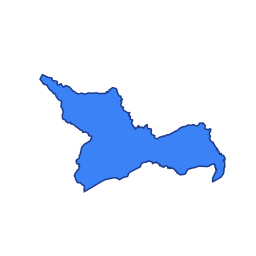 Mercedes, Ocotepeque, Honduras (Mercator projection), rotated 150°
{"feature_id": "27666195B36872574747509", "entity_name": "Mercedes", "entity_type": "district", "adm_level": 2, "iso_a3": "HND", "parent_name": "Honduras", "parent_adm1": "Ocotepeque", "projection": "mercator", "projection_center": [-89.033, 14.309], "detail": "fine", "context": "isolated", "style": "filled", "palette": "blue", "viewbox_px": 256, "rotation_deg": 150, "n_neighbors": 0, "source": "geoboundaries", "source_scale": "gbopen_adm2", "svg_char_len": 5778}
<svg xmlns="http://www.w3.org/2000/svg" viewBox="0 0 256 256"><g transform="rotate(150 128 128)"><path d="M197.6,94.7L176.7,94.9L173.4,94.6L165.3,92.1L163.5,90.9L162.2,89.3L161.2,87.5L156.8,87.5L155.5,87.2L153.3,86.4L152.3,86.5L150.4,88.1L148.7,88.8L139.1,88.4L137.6,88.1L136.9,88.3L136.0,88.9L135.7,89.4L134.1,90.4L132.6,90.5L130.5,89.9L129.0,89.2L128.5,89.3L127.8,89.5L127.3,89.4L126.6,88.6L125.7,88.4L124.3,86.8L124.4,84.9L122.6,85.1L122.1,84.5L121.4,84.0L121.0,84.0L120.8,84.4L120.5,84.3L119.7,82.0L119.1,81.3L119.1,80.8L118.9,80.6L118.5,80.7L118.4,80.5L118.5,80.2L119.0,80.3L119.3,80.1L119.4,79.5L119.2,79.3L118.7,79.3L118.4,78.7L117.7,78.3L117.6,77.9L117.9,77.4L117.8,77.2L117.0,76.8L116.5,76.1L116.2,76.2L116.0,76.6L115.6,76.7L114.9,76.5L114.1,76.1L113.1,75.2L112.8,74.4L112.8,73.9L113.5,73.8L113.5,73.4L112.7,73.0L112.4,72.3L112.1,72.0L111.7,72.1L111.5,72.7L111.1,72.7L110.8,72.4L110.5,71.4L109.2,70.6L108.2,67.9L108.3,66.8L107.7,66.1L108.0,65.0L107.4,64.5L107.7,63.8L107.1,63.1L105.9,61.0L105.0,61.0L103.2,60.0L101.3,59.6L97.1,62.2L96.7,62.2L92.8,61.3L89.1,60.1L87.4,59.8L86.2,59.8L78.2,54.7L77.3,54.7L76.3,54.4L75.4,54.7L72.8,54.3L72.2,54.2L71.6,53.7L71.0,53.5L70.9,53.2L71.0,52.9L71.7,52.2L71.8,51.8L71.6,51.1L72.0,50.6L72.2,50.0L72.3,49.6L71.9,49.1L71.9,48.7L72.1,48.5L72.6,48.4L72.8,48.1L72.7,47.7L72.3,47.4L72.4,47.1L74.6,45.9L74.7,45.7L74.6,45.3L74.8,45.1L76.3,44.8L76.6,44.1L77.8,43.6L78.3,43.1L79.0,42.8L80.2,41.5L80.4,40.6L80.9,40.3L81.1,39.8L81.5,39.7L81.6,39.2L79.7,39.0L71.6,39.0L70.3,39.9L68.5,40.5L67.4,41.6L66.7,42.7L65.9,43.3L65.7,44.2L65.3,44.5L65.0,45.3L64.0,45.6L62.9,47.0L61.4,50.5L61.8,51.5L61.6,52.1L61.2,52.5L60.8,52.5L60.5,52.4L60.3,51.8L59.9,51.8L59.7,52.1L59.6,53.0L58.9,53.7L59.2,54.5L59.0,55.6L59.1,56.5L59.4,56.8L60.2,57.1L60.6,57.8L60.6,58.2L60.0,58.7L60.0,59.1L60.4,59.4L61.3,59.3L61.7,59.8L61.6,60.4L61.0,61.2L61.5,63.7L61.1,64.3L61.3,64.6L62.0,64.6L62.2,64.9L62.0,65.3L61.3,65.3L61.1,65.7L61.2,66.5L61.7,67.7L61.8,68.5L61.5,70.9L61.7,72.1L61.4,72.8L61.5,73.1L62.2,73.5L62.3,74.7L63.0,75.4L63.1,75.8L63.0,76.6L62.4,77.5L62.4,77.8L62.7,78.2L62.7,78.5L62.4,78.8L61.5,79.0L60.8,79.6L60.7,80.0L60.9,80.7L60.8,81.3L60.1,82.6L59.9,83.4L59.6,83.6L58.9,83.5L58.3,83.8L58.0,84.1L57.9,84.6L57.2,85.0L56.9,85.6L57.0,85.9L57.7,86.4L59.3,86.4L61.7,88.7L61.4,89.5L60.5,90.7L59.9,91.7L60.6,95.0L61.5,95.1L62.7,96.1L63.4,96.3L64.2,96.1L66.2,95.2L67.1,95.1L68.1,95.8L69.1,97.6L69.7,98.2L70.6,98.6L71.6,98.6L72.5,98.9L73.9,100.3L74.6,100.5L77.2,100.6L80.5,101.8L83.5,101.9L86.5,101.1L88.3,101.6L92.0,101.5L93.9,101.7L95.4,101.5L96.2,101.8L96.8,102.3L100.0,102.8L102.9,103.7L103.9,103.6L104.7,104.2L107.8,104.0L109.1,104.9L109.6,105.6L109.6,106.3L109.3,107.4L108.8,108.0L108.7,108.2L109.5,108.9L110.3,110.0L110.6,110.7L110.7,111.3L110.1,112.7L108.8,114.5L108.5,115.5L108.8,116.0L109.3,116.6L110.8,117.3L111.3,118.2L110.6,119.9L109.8,120.9L109.8,121.3L110.9,121.4L113.4,120.9L113.8,120.6L114.1,120.1L114.4,120.0L116.1,122.3L117.2,122.3L118.1,123.0L118.3,123.3L118.2,123.7L117.4,124.2L117.5,124.5L118.2,124.7L119.9,123.8L122.2,123.7L122.5,123.9L122.4,124.2L121.9,124.4L121.8,124.7L122.3,126.0L122.6,127.3L122.4,129.2L122.4,130.7L122.1,131.1L121.0,131.5L120.0,132.6L121.7,134.7L120.0,137.1L120.3,137.6L121.1,137.8L121.3,138.3L120.5,139.1L119.2,140.0L118.9,140.4L119.2,140.8L120.0,140.8L120.5,141.2L122.6,145.0L122.8,146.2L122.7,147.2L122.4,147.8L121.7,147.9L121.6,148.1L122.7,149.8L122.9,150.8L122.4,152.2L121.2,152.8L120.7,153.4L120.6,153.9L120.8,154.8L120.5,155.3L120.0,155.5L119.1,155.2L118.8,155.3L118.6,155.6L118.6,156.1L119.0,157.5L118.8,158.1L118.5,158.7L118.4,159.2L118.7,159.5L119.5,159.9L119.6,160.9L119.5,163.8L118.6,166.8L118.5,167.8L120.1,169.7L121.4,170.7L125.5,170.2L125.8,169.9L126.3,169.3L126.8,169.1L127.3,169.2L127.8,170.0L128.5,170.1L129.0,169.8L129.5,169.1L130.1,169.0L131.1,169.8L132.7,170.5L134.1,171.5L135.8,172.2L137.4,173.9L142.5,176.5L145.1,178.4L146.6,178.3L147.4,178.5L149.4,179.7L150.6,181.3L151.4,181.6L153.1,181.8L153.8,182.2L155.3,184.1L156.0,185.9L157.2,187.7L158.0,192.0L158.5,193.3L160.6,195.8L161.3,195.9L163.0,195.6L163.4,195.7L164.0,197.8L164.0,198.4L163.6,199.3L163.7,199.6L164.3,199.8L166.5,200.1L167.3,200.6L167.4,201.4L166.3,202.9L166.2,203.6L166.7,204.5L168.7,206.1L169.4,206.8L169.5,207.6L168.9,209.1L169.0,209.5L170.7,210.7L171.6,211.5L174.9,216.2L175.4,217.0L179.3,214.7L179.7,214.3L179.7,213.7L179.2,210.6L179.3,208.9L179.0,208.1L176.5,205.3L176.9,203.4L176.9,202.0L176.5,199.9L175.4,197.0L175.4,195.1L175.3,194.9L174.3,194.6L174.0,194.1L174.5,191.1L174.0,187.4L173.7,186.6L172.3,184.7L172.1,184.1L172.4,183.7L173.5,182.7L175.4,179.7L175.5,178.9L175.2,176.9L175.7,176.0L176.0,174.3L176.5,173.7L178.0,172.5L178.8,171.6L179.3,170.2L179.9,169.5L179.9,168.7L179.5,167.6L178.4,166.5L178.5,165.4L178.1,163.9L177.5,162.5L176.9,162.1L175.2,161.8L174.8,161.5L174.8,161.2L175.4,160.4L175.3,160.1L173.7,158.6L173.1,157.9L172.8,156.1L171.6,153.7L170.5,150.6L168.9,148.1L168.9,147.7L169.3,146.8L169.0,146.5L168.4,146.6L167.8,146.4L166.4,145.4L165.7,144.0L165.1,143.3L165.7,141.6L165.7,140.9L165.4,140.4L164.0,139.5L163.8,138.9L164.3,138.3L164.3,137.9L164.9,137.0L165.4,137.2L165.8,137.1L167.4,135.6L167.8,135.6L168.8,136.0L170.4,135.5L171.5,135.8L172.8,135.8L175.4,135.3L176.7,134.8L178.8,133.5L179.9,131.9L180.9,131.1L181.1,130.6L181.9,130.0L182.6,128.9L184.0,128.5L184.2,127.7L185.0,126.7L186.7,126.1L188.8,126.0L189.2,125.8L189.5,124.7L190.1,123.8L190.2,123.2L189.5,121.7L188.6,121.4L188.5,120.6L188.6,120.1L188.9,119.7L190.0,119.4L190.0,119.0L189.7,117.9L189.8,117.6L190.6,117.1L192.9,116.9L193.6,116.3L195.7,115.4L198.0,113.8L198.4,113.3L198.3,111.6L199.1,109.3L199.0,106.3L198.4,105.4L197.0,104.7L196.7,104.4L196.3,102.6L194.7,99.4L197.1,96.3L197.6,94.7Z" fill="#3b82f6" stroke="#1e3a8a" stroke-width="1.5"/></g></svg>